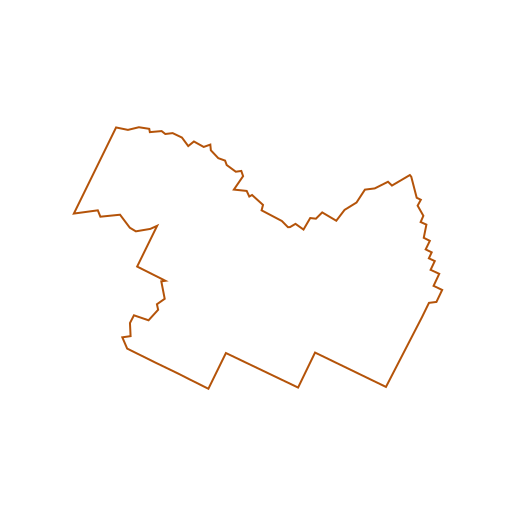 Natchitoches, Louisiana, United States of America, rotated 296°
{"feature_id": "52423323B30463798503843", "entity_name": "Natchitoches", "entity_type": "district", "adm_level": 2, "iso_a3": "USA", "parent_name": "United States of America", "parent_adm1": "Louisiana", "projection": "mercator", "projection_center": [-93.012, 31.748], "detail": "fine", "context": "isolated", "style": "outline", "palette": "amber", "viewbox_px": 512, "rotation_deg": 296, "n_neighbors": 0, "source": "geoboundaries", "source_scale": "gbopen_adm2", "svg_char_len": 1251}
<svg xmlns="http://www.w3.org/2000/svg" viewBox="0 0 512 512"><g transform="rotate(296 256 256)"><path d="M310.2,73.9L214.3,73.7L227.7,93.8L223.1,98.9L233.5,115.7L226.1,130.2L225.5,137.2L234.0,149.1L239.8,153.9L194.4,153.8L194.0,185.4L191.7,182.0L177.5,192.7L169.2,188.1L164.8,191.6L151.1,187.6L149.2,172.3L140.5,172.1L129.0,178.4L124.3,171.5L116.3,180.8L116.1,211.9L116.2,238.4L116.0,250.0L115.8,271.4L155.6,271.5L156.2,351.5L195.1,351.4L195.3,430.2L274.1,432.0L289.7,432.0L293.8,438.3L307.1,438.2L307.0,428.7L320.3,428.5L320.1,419.0L329.8,418.9L329.7,412.4L336.3,412.3L336.3,405.6L345.8,405.6L345.9,398.8L358.9,395.4L358.7,389.1L365.5,388.8L372.1,379.2L378.8,379.5L378.8,374.9L395.3,360.8L396.2,358.8L378.9,347.3L380.6,342.1L368.8,333.1L363.4,324.8L348.1,322.9L336.3,315.4L322.9,312.7L324.2,296.4L315.8,293.5L313.9,288.1L300.6,287.1L302.2,277.4L296.9,273.9L295.9,272.1L298.8,263.9L299.5,241.0L305.0,239.9L309.1,225.7L306.5,223.9L310.4,219.1L306.0,207.0L322.1,209.4L326.0,205.5L322.9,200.9L324.9,189.8L328.2,186.4L327.4,179.2L331.2,169.1L336.1,166.1L331.1,161.2L331.7,150.0L325.1,146.9L330.0,137.5L329.9,127.2L325.9,121.0L326.9,116.4L320.8,106.3L323.5,104.3L320.4,94.3L313.2,85.6L310.2,73.9Z" fill="none" stroke="#b45309" stroke-width="2"/></g></svg>